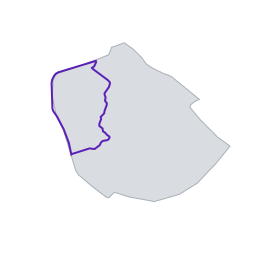 Hhohho highlighted on a map of eSwatini, rotated 310°
{"feature_id": "SWZ-534", "entity_name": "Hhohho", "entity_type": "District", "adm_level": 1, "iso_a3": "SWZ", "parent_name": "eSwatini", "parent_adm1": "", "projection": "orthographic", "projection_center": [31.368, -26.096], "detail": "coarse", "context": "in_parent", "style": "outline", "palette": "violet", "viewbox_px": 256, "rotation_deg": 310, "n_neighbors": 0, "source": "natural_earth", "source_scale": "10m", "svg_char_len": 1217}
<svg xmlns="http://www.w3.org/2000/svg" viewBox="0 0 256 256"><g transform="rotate(310 128 128)"><path d="M179.4,63.4L181.5,65.0L190.9,70.4L191.7,80.9L190.8,92.9L188.8,100.5L189.5,108.0L192.5,119.8L195.3,127.9L195.8,164.4L192.6,162.7L186.8,161.1L183.7,161.9L180.8,178.2L178.6,202.6L179.7,217.8L157.8,218.2L130.0,216.5L110.1,209.9L88.6,195.5L75.8,173.0L70.1,158.9L62.3,158.1L61.0,155.7L60.2,138.5L60.3,120.4L61.7,115.6L76.2,93.2L85.2,79.3L90.8,65.9L103.1,50.1L116.3,40.1L121.2,38.6L124.5,39.1L147.7,52.9L171.5,66.1L176.7,64.6L179.4,63.4Z" fill="#d9dde1" stroke="#a8b0b8" stroke-width="1"/><path d="M123.1,37.8L125.7,38.7L158.7,60.2L158.0,61.2L153.8,62.4L152.6,62.3L151.0,61.7L150.6,62.6L151.7,81.6L151.4,84.4L150.7,85.5L147.3,87.0L139.6,87.7L138.3,88.9L137.1,91.1L134.1,92.9L133.4,95.8L132.2,96.8L126.2,99.0L123.8,100.3L118.9,100.0L117.5,101.7L113.4,103.1L111.8,104.0L111.1,105.0L111.3,108.7L109.4,111.0L109.7,113.3L109.2,116.5L109.5,119.2L108.7,120.1L106.7,120.3L105.5,120.0L101.6,116.8L98.8,116.7L97.3,117.3L96.3,117.3L90.4,115.9L87.7,111.7L72.6,102.1L71.3,101.6L78.7,92.1L85.7,79.6L91.2,66.2L92.8,60.2L94.1,57.8L113.6,40.3L116.5,38.8L120.1,37.9L123.1,37.8Z" fill="none" stroke="#5b21b6" stroke-width="2"/></g></svg>